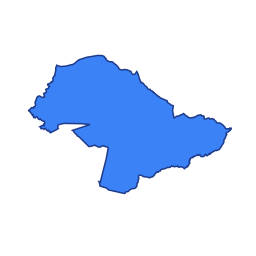 Asutifi North, Brong Ahafo, Ghana, rotated 193°
{"feature_id": "2480657B98266466330064", "entity_name": "Asutifi North", "entity_type": "district", "adm_level": 2, "iso_a3": "GHA", "parent_name": "Ghana", "parent_adm1": "Brong Ahafo", "projection": "albers", "projection_center": [-2.56, 7.077], "detail": "fine", "context": "isolated", "style": "filled", "palette": "blue", "viewbox_px": 256, "rotation_deg": 193, "n_neighbors": 0, "source": "geoboundaries", "source_scale": "gbopen_adm2", "svg_char_len": 5861}
<svg xmlns="http://www.w3.org/2000/svg" viewBox="0 0 256 256"><g transform="rotate(193 128 128)"><path d="M143.4,68.1L142.2,65.1L135.4,64.7L133.1,63.3L116.9,63.4L116.1,63.9L115.7,65.3L113.6,66.1L112.6,67.8L111.1,69.4L108.3,70.5L107.3,71.3L106.6,72.5L106.3,73.8L106.8,75.9L106.2,76.8L106.0,77.7L106.5,78.6L106.0,80.5L106.4,81.2L106.3,81.9L106.9,83.0L106.9,83.8L106.3,84.4L105.8,84.7L104.9,84.9L103.9,84.8L102.1,84.1L100.7,84.2L98.5,84.6L97.4,84.4L95.5,84.4L95.0,85.0L93.2,86.0L92.4,86.8L91.7,88.0L91.7,88.7L91.2,89.4L91.0,90.1L90.4,90.7L90.2,91.5L89.9,91.7L89.0,91.5L88.5,91.8L87.9,92.9L87.3,93.4L86.9,93.4L86.6,94.8L85.5,95.6L84.8,95.8L82.4,97.0L80.6,98.5L79.9,98.5L78.2,99.2L77.1,100.7L76.6,100.7L76.4,100.5L75.6,100.9L75.0,100.9L73.9,100.6L72.8,101.4L71.6,101.5L71.2,102.1L70.9,102.1L70.2,101.4L69.2,101.3L68.5,101.9L68.0,101.9L67.4,102.4L66.3,102.0L65.2,101.9L64.1,101.1L64.0,101.3L63.5,101.4L62.7,102.7L62.5,102.8L62.5,103.1L62.0,103.1L61.4,103.5L61.2,104.1L61.2,104.6L60.9,104.6L60.6,105.0L60.7,105.4L60.4,106.5L60.5,106.8L60.0,107.3L60.0,108.0L60.1,108.5L60.8,108.7L61.0,109.1L60.6,109.7L60.5,110.3L60.8,110.4L60.6,111.3L60.3,111.4L60.6,112.0L59.6,113.3L59.2,113.4L59.0,113.6L58.8,113.5L58.7,113.6L58.0,114.2L58.1,114.5L57.8,114.7L57.6,114.6L57.2,115.4L56.8,115.3L56.5,115.6L56.2,115.7L55.0,117.0L54.2,117.0L54.0,117.3L53.9,117.1L53.2,117.1L52.7,117.8L52.2,117.8L52.1,118.2L51.8,118.1L51.0,117.0L50.4,116.6L49.4,116.7L47.8,117.3L46.9,118.6L47.0,119.3L46.7,119.6L46.4,119.3L46.1,119.4L45.9,119.3L45.5,119.3L45.1,119.0L45.0,118.8L44.7,118.8L44.4,119.3L44.2,119.3L43.8,120.1L43.2,120.4L43.1,120.9L42.9,120.9L43.1,121.1L42.5,121.4L42.4,121.7L41.7,121.8L41.2,122.8L40.4,123.3L39.9,123.9L40.0,124.1L39.6,124.2L38.8,124.8L38.3,125.6L37.9,125.8L36.8,125.9L36.2,126.4L35.4,126.7L34.7,127.2L33.9,128.3L33.9,128.8L32.9,130.5L32.7,132.1L31.6,134.5L31.6,135.2L31.4,135.7L31.8,137.5L31.5,138.9L30.9,140.3L30.8,142.3L30.3,143.5L30.3,143.8L31.0,144.3L31.3,144.9L31.3,145.3L30.0,146.2L27.8,148.8L27.8,149.4L27.5,149.7L27.3,150.1L27.4,151.0L28.8,150.8L29.0,150.2L29.4,149.9L29.8,150.0L31.8,149.2L33.0,149.6L34.1,150.9L36.1,152.2L39.2,153.5L42.6,153.1L43.4,153.6L43.9,154.4L44.8,154.5L45.9,155.7L46.8,155.9L48.5,156.0L49.5,155.1L51.1,155.8L51.7,155.9L52.2,155.7L54.1,154.3L55.9,154.1L56.1,154.2L56.0,155.1L56.6,156.6L57.7,156.7L58.7,156.3L59.1,156.5L59.4,157.0L60.0,156.9L60.5,157.1L61.3,156.5L62.2,156.5L63.1,155.8L63.6,155.3L63.9,155.1L64.4,154.4L65.2,154.0L65.5,153.6L66.6,153.1L66.8,152.6L67.8,152.7L68.3,152.2L69.6,151.8L71.2,151.9L73.0,152.8L74.3,152.8L75.1,153.6L76.0,153.8L76.6,154.4L77.2,154.6L78.6,153.0L79.4,152.8L80.4,151.9L81.2,150.9L82.6,150.7L83.2,150.4L85.0,148.4L85.5,148.3L88.4,154.7L88.9,159.9L90.8,160.0L95.2,161.8L95.7,162.5L95.7,162.9L96.4,163.6L97.3,163.4L98.4,163.8L100.2,164.0L101.3,164.4L102.8,164.4L104.9,165.6L105.8,165.6L106.0,166.0L107.0,166.2L107.4,166.7L108.5,167.0L109.4,167.6L110.1,167.7L110.3,168.2L111.1,168.3L111.4,168.5L111.5,168.9L112.1,168.9L112.6,169.3L114.5,169.8L115.2,170.6L117.1,170.3L117.9,170.9L118.4,171.6L118.7,171.7L119.0,172.3L120.3,172.7L121.1,173.1L123.1,174.9L124.9,175.4L125.4,175.1L125.6,175.7L126.1,175.9L126.4,176.5L126.8,176.6L127.4,178.1L127.9,178.3L128.3,178.9L128.8,180.2L129.5,181.4L129.8,181.6L130.2,182.7L130.6,183.0L131.3,184.1L132.2,185.0L132.9,183.1L133.7,181.7L135.3,181.4L136.6,181.9L137.9,183.8L142.2,184.5L145.0,184.1L146.9,183.2L147.9,183.1L149.9,183.4L150.9,184.9L151.8,185.5L154.0,187.0L155.3,187.4L157.5,188.7L158.2,188.9L159.8,188.7L160.5,188.4L162.3,188.8L163.3,188.6L164.6,190.1L165.3,190.3L165.4,191.0L166.5,191.3L166.8,191.9L167.3,192.2L167.6,192.2L167.7,192.5L169.6,192.7L173.5,192.0L184.2,187.6L191.2,183.4L195.5,177.9L201.5,174.8L203.7,173.9L207.6,172.7L211.6,173.1L211.9,169.8L211.3,168.2L211.4,164.9L211.2,163.8L211.4,162.9L211.1,162.3L211.8,161.8L212.2,160.3L212.5,159.7L212.5,159.2L211.8,158.5L211.9,156.5L212.6,156.1L212.3,155.9L212.4,155.5L213.0,155.1L213.7,154.8L214.2,153.8L214.7,153.5L215.1,152.9L215.3,152.8L215.7,153.1L215.8,153.1L216.0,152.4L215.7,152.1L215.8,151.7L213.9,150.8L214.4,150.3L214.7,148.6L215.3,148.0L216.3,147.7L216.8,147.0L216.4,146.4L216.0,146.0L215.7,144.7L216.5,143.4L217.4,143.2L217.9,142.8L217.6,142.4L217.6,142.2L217.3,142.0L217.4,141.7L217.1,141.4L217.0,140.5L216.6,140.1L216.4,139.5L216.5,139.2L216.9,139.3L218.6,138.4L219.6,138.7L220.2,139.1L222.1,139.2L223.2,138.1L223.2,137.7L223.8,137.0L223.7,135.5L224.0,134.6L224.2,132.4L224.2,131.6L223.4,130.0L223.2,129.2L223.5,128.1L224.6,127.4L224.5,126.1L225.1,126.0L225.8,126.3L226.4,126.2L227.8,124.0L228.0,123.3L228.6,123.1L228.7,122.7L228.3,122.2L227.4,122.2L226.8,121.6L226.6,121.1L225.6,120.4L225.0,120.5L224.1,118.8L223.4,118.8L223.2,119.1L223.0,118.5L222.8,118.5L222.8,118.0L222.5,117.9L222.5,117.3L222.0,117.0L221.7,116.9L220.6,117.0L219.7,118.5L218.8,118.3L218.4,117.7L217.0,116.4L216.1,116.3L215.9,116.4L215.6,117.1L213.7,115.9L212.4,115.6L211.0,115.7L210.4,114.5L210.4,114.3L210.2,113.8L210.8,113.1L210.5,112.4L210.8,112.4L210.6,111.6L210.9,111.8L211.0,111.6L211.3,111.7L212.4,111.0L212.8,110.7L212.8,110.4L213.9,109.5L213.4,109.5L213.2,109.2L213.3,108.6L212.4,107.7L212.0,108.1L210.2,108.3L209.7,108.2L209.6,107.9L208.7,108.8L208.4,108.8L207.4,108.3L207.3,107.9L206.4,107.4L206.0,107.5L205.6,107.2L205.2,107.5L205.2,107.2L204.7,107.3L204.0,106.9L203.5,107.0L203.4,106.5L203.0,106.6L202.8,106.4L203.0,106.2L202.5,105.9L197.1,110.5L195.8,111.8L196.4,112.4L196.5,113.4L196.9,113.9L196.9,114.8L196.6,115.4L193.2,117.3L190.9,118.2L174.4,121.7L165.7,122.8L181.6,113.2L180.7,112.9L178.9,111.2L177.7,110.7L175.4,108.8L173.9,108.5L161.9,101.1L161.3,101.3L158.7,102.5L156.6,103.8L155.7,103.4L154.7,103.5L153.6,103.0L152.5,102.9L151.1,103.0L150.4,103.4L148.8,105.0L145.6,104.8L144.4,104.9L142.8,104.1L142.3,93.4L142.8,69.1L144.3,69.2L143.4,68.1Z" fill="#3b82f6" stroke="#1e3a8a" stroke-width="1.5"/></g></svg>